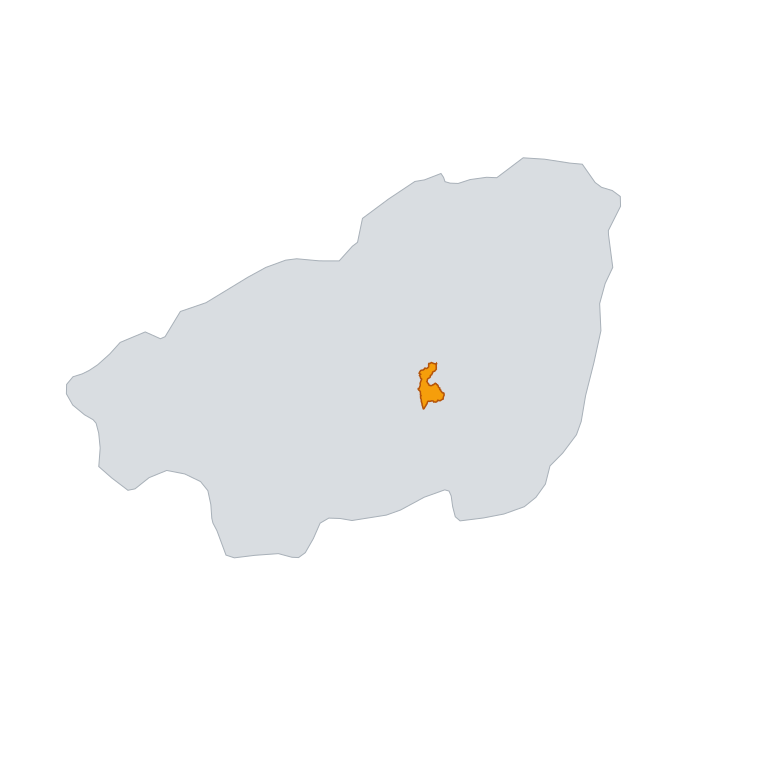 Dangchhu, Wangdi Phodrang, Bhutan (highlighted), rotated 155°
{"feature_id": "84629894B29332894979808", "entity_name": "Dangchhu", "entity_type": "district", "adm_level": 2, "iso_a3": "BTN", "parent_name": "Bhutan", "parent_adm1": "Wangdi Phodrang", "projection": "natural_earth1", "projection_center": [90.174, 27.6], "detail": "fine", "context": "in_parent", "style": "filled", "palette": "amber", "viewbox_px": 768, "rotation_deg": 155, "n_neighbors": 0, "source": "geoboundaries", "source_scale": "gbopen_adm2", "svg_char_len": 6482}
<svg xmlns="http://www.w3.org/2000/svg" viewBox="0 0 768 768"><g transform="rotate(155 384 384)"><path d="M597.8,330.3L596.8,335.1L591.9,347.9L588.7,361.8L591.5,373.1L602.6,386.7L617.5,397.5L636.5,398.4L654.0,394.2L661.0,395.9L670.5,414.0L677.4,429.7L668.3,445.9L663.3,460.1L661.5,470.1L662.7,474.5L668.4,482.6L675.0,496.5L676.0,509.3L671.8,517.8L662.8,522.0L653.2,520.7L645.3,520.9L635.4,522.4L619.9,527.1L605.5,533.2L578.4,532.1L567.5,519.5L562.4,519.4L537.9,535.8L511.0,532.9L462.2,538.3L441.8,539.6L420.8,537.8L410.2,534.4L390.5,522.9L372.6,514.5L354.5,522.2L348.1,523.6L333.5,543.2L301.9,549.7L270.4,554.5L261.1,551.9L243.4,550.7L242.7,546.1L243.2,541.6L239.2,538.1L232.0,534.4L219.6,532.9L203.7,528.0L194.6,523.3L162.3,530.2L143.5,519.9L122.1,505.6L111.4,499.4L107.5,477.4L103.7,470.3L95.3,462.8L90.6,454.1L94.5,445.1L115.8,428.3L117.5,424.3L127.4,393.0L141.1,381.6L154.6,365.7L164.9,340.6L184.6,314.8L206.2,288.3L221.1,266.7L231.0,256.7L251.2,245.9L268.2,239.6L280.0,225.1L294.2,217.1L308.7,213.5L330.3,215.5L350.6,220.6L372.9,227.8L375.5,233.6L373.6,243.8L370.4,254.2L370.3,259.5L373.7,262.4L395.5,264.4L422.3,262.8L437.3,264.2L470.7,273.8L480.5,280.6L490.7,285.8L500.7,284.9L513.3,273.8L526.6,264.4L534.8,262.8L540.7,265.9L551.4,274.9L573.4,283.3L593.1,289.7L599.5,295.7L597.4,321.6L597.8,330.3Z" fill="#d9dde1" stroke="#a8b0b8" stroke-width="1"/><path d="M334.5,383.7L334.8,383.5L335.0,383.4L335.1,383.1L335.4,382.7L335.5,382.3L335.6,382.1L335.8,381.8L335.9,381.4L336.2,380.9L336.3,380.7L336.7,380.5L337.1,380.4L337.9,380.1L338.1,380.0L338.4,380.0L338.8,380.0L339.2,380.4L339.5,380.6L339.7,380.8L339.9,380.9L340.2,381.1L340.4,381.1L340.5,381.1L341.0,380.6L341.1,380.4L341.3,380.4L341.6,380.5L341.8,380.4L342.0,380.3L342.1,380.2L342.4,380.2L343.0,380.2L343.2,380.3L343.6,380.5L344.0,380.6L344.3,380.6L344.5,380.7L345.2,380.7L345.3,380.6L345.5,380.4L345.8,380.3L346.0,380.1L346.5,379.9L346.8,379.7L347.2,379.3L347.4,379.0L347.6,378.9L347.5,378.7L347.5,378.4L347.5,378.2L347.2,377.8L346.8,377.7L346.7,377.5L346.8,377.5L347.5,377.1L347.7,376.9L348.0,376.7L348.3,376.6L348.2,376.2L348.1,375.9L348.0,375.6L348.0,375.3L348.0,375.1L348.1,374.9L348.1,374.7L348.3,374.3L348.4,374.1L348.4,373.9L348.3,373.7L348.2,373.5L348.1,373.2L347.9,373.0L347.8,372.8L347.8,372.6L348.0,372.2L348.4,371.9L348.6,371.9L348.8,371.6L349.3,371.1L349.6,370.8L349.8,370.6L350.0,370.4L350.5,369.9L350.8,369.6L351.0,369.4L351.1,369.0L351.2,368.7L351.7,367.5L352.4,366.7L352.6,366.6L352.8,366.4L352.9,366.2L353.1,366.1L353.5,365.9L353.8,365.4L354.0,365.2L354.3,365.1L354.9,365.1L355.0,365.2L355.2,364.9L355.2,364.7L355.1,363.9L354.9,363.5L354.7,363.2L354.5,362.8L354.5,362.4L354.4,362.1L354.4,361.9L354.3,361.6L354.6,361.1L354.8,360.5L355.0,359.8L355.2,359.2L355.5,359.0L355.6,358.9L355.6,358.4L355.5,358.1L355.4,358.0L355.3,357.8L355.3,357.7L355.5,357.7L355.9,357.6L356.1,357.4L356.2,357.1L356.4,356.7L356.5,356.4L356.6,356.2L356.6,355.9L356.8,355.7L356.8,355.4L356.8,355.1L356.8,354.9L356.8,354.6L356.8,354.3L356.9,353.9L357.0,353.7L357.2,353.2L357.3,353.1L357.3,352.9L357.5,352.6L357.6,352.4L357.5,352.1L357.7,351.5L357.8,350.9L357.8,350.0L358.1,349.5L358.3,348.9L358.4,348.3L358.4,347.7L358.7,346.3L358.7,345.8L358.9,345.2L358.9,344.9L358.7,344.7L358.3,344.7L358.1,344.8L357.3,345.3L357.2,345.5L356.6,345.8L355.9,346.3L355.1,346.7L354.8,347.0L354.6,347.2L354.5,347.4L354.2,347.6L353.8,347.7L353.6,347.7L353.4,348.0L353.1,348.2L353.0,348.4L352.8,348.6L352.7,348.7L352.5,348.9L352.0,349.4L351.9,349.6L351.5,349.7L351.2,349.7L350.3,349.2L350.1,349.0L349.8,348.9L349.4,348.8L348.9,348.7L348.4,348.6L348.2,348.7L347.4,348.3L346.8,347.9L346.6,347.7L346.5,347.1L346.6,346.7L346.0,346.5L345.6,346.3L345.2,345.9L344.1,345.6L343.7,345.6L343.3,345.8L342.8,346.1L342.5,346.3L342.2,346.6L341.9,346.5L341.8,346.3L341.5,346.0L341.3,345.6L341.0,345.6L340.8,345.5L340.4,345.3L340.3,345.2L340.1,345.1L339.9,345.1L339.4,345.2L339.0,345.3L338.7,345.3L338.4,345.3L338.1,345.4L337.8,345.5L337.6,345.5L337.3,345.4L336.9,345.3L336.6,345.5L336.5,346.0L336.4,346.1L336.2,346.5L335.7,347.0L335.4,347.4L334.9,347.9L334.5,348.3L334.3,348.4L334.1,348.6L334.0,349.1L334.0,349.3L333.9,349.7L333.7,349.9L333.6,350.1L333.6,350.4L333.7,350.6L333.8,350.8L334.2,350.9L334.8,351.3L334.9,351.6L334.9,351.8L335.0,352.3L335.0,352.6L335.3,353.0L335.3,353.4L335.3,353.7L335.3,353.8L335.4,354.2L335.4,354.3L335.2,354.7L335.3,354.8L335.6,355.1L335.8,355.3L335.8,355.6L335.7,355.8L335.5,356.1L335.4,356.2L335.4,356.4L335.3,356.7L335.2,356.8L335.5,357.2L335.6,357.3L335.8,357.6L335.9,357.9L336.0,358.3L335.9,358.5L335.8,358.8L335.8,359.0L335.8,359.5L335.7,359.7L335.7,360.0L335.8,360.1L335.9,360.3L335.9,360.5L336.0,360.8L336.5,361.1L336.5,361.4L336.6,361.6L336.5,361.8L336.5,362.0L336.8,362.4L336.9,362.5L337.1,362.8L337.2,363.0L337.3,363.0L337.5,363.0L337.7,362.9L337.9,362.8L338.4,362.8L338.5,362.7L338.8,362.6L339.2,362.4L339.4,362.4L339.5,362.4L339.7,362.6L340.1,362.6L340.4,362.6L340.7,362.5L340.9,362.5L341.2,362.4L341.5,362.4L341.9,362.6L342.2,362.6L342.5,362.8L342.6,363.1L342.9,363.3L343.1,363.4L343.4,363.5L343.6,363.7L343.7,364.0L343.6,364.4L343.6,364.5L343.5,364.8L343.5,365.1L343.6,365.3L343.7,365.5L343.8,365.6L343.8,366.0L343.9,366.4L344.0,366.9L344.0,367.0L344.0,367.6L344.0,367.9L344.1,368.1L343.9,368.2L343.6,368.5L343.2,369.0L342.9,369.5L342.4,370.1L342.1,370.2L341.9,370.3L341.7,370.3L341.3,370.4L340.8,370.4L340.4,370.4L340.0,370.4L339.7,370.6L339.1,370.8L338.9,371.0L338.8,371.3L338.7,371.6L338.6,371.9L338.4,372.0L338.1,372.2L337.7,372.2L337.1,372.2L336.9,372.2L336.4,372.7L336.1,373.0L335.7,373.1L335.6,373.3L335.5,373.5L335.4,373.6L335.3,373.8L335.2,373.9L335.1,374.1L334.9,374.2L334.6,374.2L334.4,374.2L334.2,374.4L333.7,374.3L333.4,374.3L333.0,374.3L332.7,374.2L332.3,374.3L332.0,374.6L331.8,374.7L331.4,374.8L330.7,375.1L330.3,375.3L330.2,375.5L330.1,375.9L330.1,376.0L330.0,376.4L329.9,376.6L329.5,377.0L329.4,377.2L329.4,377.5L329.3,377.8L329.1,378.2L329.0,378.3L329.0,378.5L328.8,378.9L328.7,379.0L328.7,379.3L328.7,379.5L328.3,379.8L328.1,379.9L327.8,380.0L327.7,380.1L327.7,380.6L328.0,380.4L328.3,380.3L328.7,380.4L328.8,380.4L329.1,380.6L329.4,380.9L329.7,381.1L329.9,381.2L330.2,381.5L330.4,381.7L330.5,381.9L330.7,382.0L330.8,382.0L331.0,382.3L331.1,382.5L331.4,382.7L331.5,382.9L331.6,383.0L331.8,383.2L332.0,383.4L332.1,383.5L332.7,383.3L332.9,383.2L333.4,383.2L333.5,383.1L333.8,383.2L333.9,383.3L334.1,383.3L334.2,383.5L334.4,383.7L334.5,383.7Z" fill="#f59e0b" stroke="#b45309" stroke-width="1.5"/></g></svg>